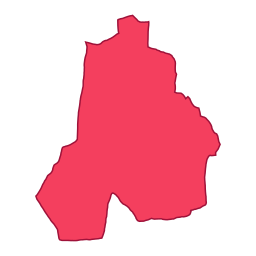 Singida Urban, Singida, United Republic of Tanzania (Equal Earth projection)
{"feature_id": "72390352B67063144918279", "entity_name": "Singida Urban", "entity_type": "district", "adm_level": 2, "iso_a3": "TZA", "parent_name": "United Republic of Tanzania", "parent_adm1": "Singida", "projection": "equal_earth", "projection_center": [34.722, -4.814], "detail": "fine", "context": "isolated", "style": "filled", "palette": "rose", "viewbox_px": 256, "rotation_deg": 0, "n_neighbors": 0, "source": "geoboundaries", "source_scale": "gbopen_adm2", "svg_char_len": 5120}
<svg xmlns="http://www.w3.org/2000/svg" viewBox="0 0 256 256"><path d="M215.7,155.2L215.7,154.8L215.6,152.5L218.2,148.9L218.9,147.2L220.1,144.4L218.8,141.6L217.7,136.0L216.6,133.9L215.3,133.3L215.1,133.3L214.9,133.0L214.1,132.4L212.4,129.6L212.4,129.3L212.0,128.6L211.6,126.4L210.8,124.5L209.7,122.7L208.7,121.3L206.8,119.3L205.9,118.2L204.6,117.4L204.2,117.2L202.7,116.8L202.1,116.6L200.5,116.0L200.4,115.1L199.9,112.3L198.8,108.1L197.4,107.8L195.5,107.1L193.9,106.1L192.1,103.8L190.9,101.5L189.7,98.6L187.9,96.7L187.1,97.4L185.7,98.7L184.5,96.5L183.4,95.2L183.1,94.8L182.9,94.6L181.5,93.5L181.2,93.3L180.8,93.2L180.7,93.2L178.4,93.1L176.6,93.0L175.0,92.2L174.7,92.1L174.8,91.5L174.9,91.2L175.3,89.0L175.3,88.8L175.3,86.3L175.1,84.6L174.8,83.0L174.8,82.9L175.1,81.7L175.2,81.1L175.2,80.9L175.3,80.7L175.3,80.4L175.4,79.9L175.7,78.0L176.5,74.2L175.4,72.1L175.2,69.3L175.2,68.7L175.2,67.3L175.4,63.2L175.3,62.8L175.3,62.0L174.1,58.9L172.4,56.8L171.8,55.6L169.3,54.0L168.7,54.0L168.0,53.7L165.6,53.2L163.4,52.1L162.8,52.0L162.1,52.0L161.8,51.9L160.6,51.7L159.4,50.8L157.4,50.2L157.1,50.1L156.0,49.3L153.8,48.9L152.2,48.6L150.6,48.1L150.2,47.9L148.0,46.9L147.8,43.1L148.0,39.1L148.1,31.7L148.4,27.9L148.7,25.3L148.8,22.4L148.6,22.3L148.6,21.7L147.6,22.0L145.5,22.0L144.3,22.2L142.5,22.1L141.6,22.2L140.0,22.0L138.2,21.1L137.7,20.7L136.8,19.5L135.2,18.0L132.7,15.5L132.6,15.4L131.4,15.7L130.0,15.9L127.9,16.5L125.3,17.4L122.7,18.4L120.5,18.8L118.1,19.6L118.0,20.0L117.8,20.1L117.9,25.4L118.0,27.1L118.1,28.7L118.3,30.8L118.7,33.4L117.1,34.0L116.2,34.7L115.9,34.9L115.6,35.2L114.8,35.8L114.4,36.1L114.1,36.3L113.8,36.5L112.7,37.3L110.8,38.4L109.0,39.2L107.0,40.3L105.5,40.5L104.6,40.8L103.0,41.6L102.5,42.0L100.7,43.7L100.1,43.9L99.5,44.3L98.3,44.5L97.8,44.6L97.5,44.6L96.7,44.7L96.2,44.5L95.4,44.4L92.6,44.0L92.1,43.8L89.8,43.1L87.8,42.6L86.9,42.4L86.7,42.4L85.7,42.1L85.8,42.4L86.0,43.1L86.8,45.8L87.0,46.3L87.0,48.0L86.8,49.9L86.7,50.7L86.6,52.9L85.6,56.1L85.4,56.8L85.2,57.5L84.7,60.2L84.3,63.4L84.2,65.2L84.4,67.4L84.3,69.0L84.3,71.1L84.1,72.7L84.1,74.5L83.9,76.4L83.7,78.4L83.3,80.1L83.2,81.7L83.2,83.6L83.2,85.1L83.1,86.6L83.0,87.0L82.6,88.7L81.8,92.8L80.9,96.2L80.4,99.1L80.4,99.9L80.2,100.4L80.0,102.6L79.6,105.8L78.5,112.4L78.4,114.7L78.1,117.8L77.7,124.2L77.7,128.1L77.5,134.0L77.2,134.0L77.5,134.0L77.4,136.5L77.3,139.5L76.5,140.3L76.2,140.9L75.1,141.9L74.9,142.0L70.3,144.7L68.2,145.6L66.4,146.1L66.1,146.1L64.8,146.6L63.3,147.0L62.5,147.6L62.4,148.0L62.0,148.9L61.7,150.1L61.5,151.4L61.1,152.7L60.7,155.1L60.2,156.5L59.3,159.6L58.9,160.7L58.6,161.5L57.1,163.1L54.9,164.5L54.1,165.1L53.5,166.6L52.9,168.4L52.6,170.2L52.0,171.5L51.2,172.7L50.3,173.6L49.2,174.4L47.7,175.6L46.7,177.6L45.9,179.3L44.6,181.0L44.0,182.5L42.8,184.4L41.1,188.3L39.8,190.6L37.3,194.6L36.3,195.7L35.9,196.1L36.9,199.1L39.8,203.3L41.4,206.2L42.9,208.3L44.5,211.0L45.2,212.1L46.5,214.0L47.3,215.1L47.9,216.1L48.4,216.8L50.1,219.1L50.8,220.4L52.0,221.9L54.0,224.1L55.6,226.5L57.3,229.1L57.7,230.4L57.9,232.2L58.5,235.5L58.7,236.9L59.0,238.4L59.4,239.3L59.8,239.8L62.0,240.4L64.3,240.4L68.0,240.4L70.0,240.5L71.3,240.6L72.0,240.5L73.1,240.6L74.4,240.6L75.5,240.6L77.1,240.5L78.5,240.2L80.1,239.9L81.1,239.8L82.2,239.8L84.0,239.6L86.6,239.4L88.9,239.7L90.2,239.7L91.5,239.4L93.2,239.2L96.0,238.9L98.3,238.7L100.1,238.3L101.8,238.1L102.7,236.0L103.5,233.7L103.8,232.7L104.4,230.7L104.5,228.7L104.9,227.0L105.2,224.8L105.8,222.1L105.8,220.2L106.0,218.3L106.6,216.6L106.7,215.4L106.9,213.5L107.0,211.4L107.2,209.5L107.6,207.4L107.7,205.2L107.9,203.6L108.0,203.5L108.0,203.4L108.1,203.2L108.2,202.9L108.7,201.9L108.8,201.6L109.0,201.2L109.2,200.7L109.4,200.3L109.4,200.1L110.0,198.7L110.5,197.1L110.8,195.7L110.9,195.3L111.5,193.9L112.2,193.2L112.3,193.1L112.5,193.1L113.1,193.2L113.5,193.2L115.8,194.7L117.1,196.2L118.1,197.2L118.2,197.3L119.2,198.9L119.5,199.6L120.7,201.5L122.6,203.5L123.1,203.9L123.4,204.1L123.7,204.2L124.3,204.5L125.3,205.0L126.1,205.6L126.6,205.8L128.8,207.7L130.4,210.0L130.5,210.1L131.3,210.9L132.4,211.8L132.8,212.3L133.5,213.7L133.8,213.9L134.0,214.1L135.8,217.3L135.9,217.5L136.1,218.4L137.5,220.5L138.1,220.8L138.6,221.0L139.3,221.3L141.3,221.2L143.8,221.1L145.7,220.4L148.2,219.8L151.4,218.4L154.3,219.1L157.4,218.9L161.4,218.8L162.7,219.3L165.2,219.6L167.1,219.7L169.5,219.4L170.3,219.3L170.5,219.3L172.3,219.0L173.3,219.0L173.5,219.0L174.7,218.5L175.6,218.0L176.8,217.5L177.7,217.4L180.4,217.1L181.8,216.7L183.7,216.8L184.8,216.6L186.6,216.2L188.6,215.3L189.8,214.5L190.6,212.8L190.8,211.6L191.0,211.3L190.7,210.9L190.8,210.4L193.4,209.8L194.1,209.4L195.7,209.2L198.0,208.4L200.1,207.9L202.6,206.2L204.1,205.5L205.4,204.9L205.7,204.5L206.1,203.6L206.3,202.3L206.1,201.0L206.0,197.8L206.0,196.7L205.9,195.9L205.8,195.7L205.4,191.5L205.4,191.0L205.3,189.8L205.2,187.3L205.2,185.6L205.0,183.5L205.0,183.1L204.7,179.8L204.7,179.3L204.7,179.1L204.6,177.2L205.1,173.0L205.5,168.3L205.7,166.9L206.0,164.0L206.2,163.2L206.3,162.6L206.9,159.6L207.5,158.3L208.5,156.5L209.4,155.6L210.2,155.3L210.9,155.6L211.7,155.6L213.0,155.5L214.4,155.3L215.6,155.2L215.7,155.2Z" fill="#f43f5e" stroke="#9f1239" stroke-width="1.5"/></svg>